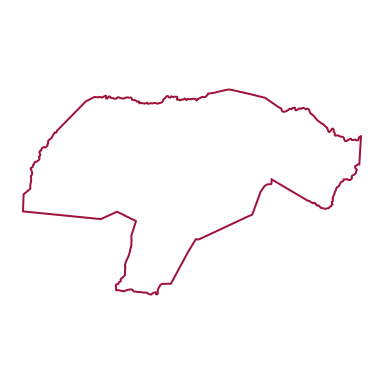 Talanga, Francisco Morazán, Honduras
{"feature_id": "27666195B86037952896272", "entity_name": "Talanga", "entity_type": "district", "adm_level": 2, "iso_a3": "HND", "parent_name": "Honduras", "parent_adm1": "Francisco Morazán", "projection": "natural_earth1", "projection_center": [-87.046, 14.389], "detail": "fine", "context": "isolated", "style": "outline", "palette": "rose", "viewbox_px": 384, "rotation_deg": 0, "n_neighbors": 0, "source": "geoboundaries", "source_scale": "gbopen_adm2", "svg_char_len": 5926}
<svg xmlns="http://www.w3.org/2000/svg" viewBox="0 0 384 384"><path d="M148.8,294.0L149.5,294.1L150.5,294.5L151.4,294.4L153.3,292.9L154.6,292.4L155.4,292.2L155.7,292.3L155.9,292.6L156.1,294.0L156.2,294.3L156.5,294.4L157.1,294.2L157.5,293.9L157.8,293.4L157.8,290.2L157.9,289.4L160.0,285.6L160.4,284.9L160.8,284.6L161.7,284.1L162.4,283.9L170.9,283.7L187.7,252.6L195.8,239.2L198.6,239.5L247.2,216.8L252.3,214.6L260.7,191.5L261.8,190.3L262.2,189.4L264.4,186.3L265.7,185.3L266.4,184.8L267.4,184.4L270.6,184.2L271.2,184.0L271.4,183.5L271.5,183.0L271.6,180.1L271.7,179.4L308.1,200.9L308.7,200.8L309.5,200.9L309.9,201.3L310.3,201.7L311.5,202.4L312.6,203.2L313.1,202.9L313.7,202.8L315.1,203.2L315.6,203.8L315.7,204.5L316.2,204.8L316.7,204.9L317.2,205.7L317.8,205.7L318.5,205.5L319.1,205.7L320.0,206.7L320.3,207.4L320.7,207.8L321.8,207.9L322.7,208.3L325.9,208.8L326.4,208.7L326.9,208.4L328.4,208.2L328.8,208.1L329.6,206.9L331.2,206.2L331.4,205.9L331.4,205.1L331.7,204.5L332.0,204.3L332.4,204.3L331.8,201.9L332.4,201.6L332.8,200.9L332.9,199.9L332.6,198.6L332.9,198.1L333.0,196.7L333.3,196.2L333.6,195.4L334.1,194.8L334.4,194.2L334.6,192.6L335.2,191.4L335.8,190.4L336.1,189.1L336.5,188.1L337.2,187.1L337.5,187.0L338.1,186.8L338.6,186.4L339.3,185.1L339.5,184.9L340.8,182.3L341.2,182.0L343.2,181.0L343.4,180.6L343.6,179.7L343.9,179.3L345.5,179.5L347.3,179.2L348.4,179.9L349.1,180.1L349.9,180.0L350.7,179.6L351.4,178.9L351.8,178.3L351.9,177.8L351.7,176.3L351.9,176.0L352.4,175.5L353.5,175.0L354.2,174.5L355.3,173.6L355.8,173.0L356.1,171.5L356.7,170.2L356.8,169.8L356.6,169.4L355.4,168.2L355.2,167.9L355.1,167.2L355.2,166.2L355.6,165.8L356.7,165.4L357.6,164.5L359.3,164.4L361.0,136.3L360.4,136.4L359.3,137.2L358.8,138.1L358.3,139.8L358.0,140.3L356.5,140.3L355.9,139.9L355.4,139.7L352.1,140.1L351.6,139.8L351.1,138.9L350.6,138.8L350.1,138.9L348.4,139.8L347.9,140.3L346.8,140.9L345.9,141.1L345.3,141.1L344.9,140.8L344.6,140.3L343.7,137.7L342.7,136.8L341.0,136.7L338.9,135.9L337.7,135.3L335.7,135.6L335.3,135.6L335.0,135.4L334.7,134.8L334.8,134.0L334.8,133.3L333.9,131.8L333.6,129.6L333.3,129.0L333.0,128.8L332.5,128.6L332.1,128.8L331.8,129.1L330.4,131.2L329.3,132.0L329.1,132.0L328.8,131.9L328.3,131.0L327.1,127.8L324.5,125.6L323.5,124.5L322.6,123.9L321.4,123.4L320.4,122.5L319.1,121.6L317.1,120.0L314.9,117.2L312.9,115.1L311.1,113.9L310.4,113.2L309.9,112.4L309.2,110.1L308.5,109.3L307.7,108.8L306.9,108.7L306.2,109.1L305.7,109.2L303.8,108.0L303.0,107.8L301.0,108.8L299.7,108.5L299.2,108.5L298.7,108.8L298.1,109.3L296.6,110.1L295.8,110.2L295.6,110.1L295.4,109.9L295.0,107.9L294.7,107.7L294.2,107.8L292.5,108.0L292.1,108.4L291.8,108.9L291.4,109.2L289.9,108.9L289.4,108.9L288.7,109.4L288.1,110.1L286.1,111.3L284.3,111.8L283.4,111.7L282.6,111.4L282.0,110.8L281.7,110.3L281.2,108.6L280.9,108.3L278.6,107.2L265.1,97.8L247.2,93.4L229.7,89.5L226.2,89.9L212.4,93.1L208.2,93.6L207.6,94.9L206.5,96.0L205.3,97.0L204.3,97.3L202.9,96.9L202.0,97.0L199.1,98.5L197.5,99.1L197.5,99.5L197.3,99.9L197.1,100.2L196.8,100.3L196.3,100.2L195.8,99.5L194.3,98.7L192.1,98.9L189.9,99.3L187.8,98.9L187.4,99.2L187.0,99.8L186.7,100.0L186.0,99.6L185.3,98.7L184.8,98.5L184.4,98.7L183.6,99.5L181.8,99.5L181.2,99.8L180.7,100.2L180.1,100.3L179.8,100.2L179.4,99.8L178.9,99.5L177.6,99.9L177.3,99.8L177.0,99.4L177.0,98.8L177.2,97.2L176.8,96.9L176.0,96.7L175.0,96.7L173.1,97.0L171.1,96.4L170.2,97.6L169.8,97.6L168.8,97.3L167.9,96.1L167.4,96.0L166.8,96.3L166.0,96.8L164.9,98.4L164.1,98.8L163.4,99.5L162.9,100.2L162.7,101.5L162.1,102.1L160.8,102.8L158.6,103.3L157.4,103.7L156.7,103.5L155.5,102.9L155.0,102.8L152.6,103.4L150.4,103.2L148.4,103.8L147.8,103.7L147.3,102.9L146.9,103.1L145.4,103.1L145.0,103.3L144.8,103.6L144.6,103.6L143.1,103.3L141.8,103.2L140.6,102.8L139.4,103.3L139.2,102.9L139.0,101.7L138.7,101.4L137.5,101.7L137.1,101.7L136.8,101.5L136.0,100.7L135.2,100.2L132.0,99.7L131.9,99.5L131.7,98.3L131.0,97.7L130.6,97.5L129.3,97.7L127.6,97.4L126.2,97.5L125.6,97.7L125.1,98.1L124.6,98.3L123.2,98.5L122.1,98.4L120.7,98.1L118.8,97.4L117.9,97.3L117.4,97.5L116.1,98.7L115.4,98.8L113.9,98.6L113.1,98.1L111.0,97.9L110.5,97.6L110.0,96.7L109.5,96.4L109.1,96.5L108.6,96.8L108.2,97.2L107.3,98.3L106.9,98.6L106.5,98.6L106.3,98.5L106.1,98.2L106.1,97.8L106.2,97.1L106.1,96.5L106.0,95.9L105.7,95.8L104.9,96.0L102.0,97.6L100.2,96.9L98.4,97.3L94.7,97.0L92.7,97.8L87.9,100.4L86.8,100.7L86.1,101.1L57.0,130.7L56.8,131.7L56.3,132.4L55.8,132.7L54.7,132.5L53.9,133.9L52.9,135.4L51.6,137.9L50.0,139.1L49.4,139.8L48.8,140.0L48.6,140.2L48.0,141.9L48.0,142.5L48.2,143.0L48.2,143.4L47.3,144.3L47.5,145.5L47.4,145.9L46.3,146.8L45.9,147.2L45.7,147.4L45.3,147.4L44.6,147.2L43.9,147.2L43.0,147.5L42.2,147.9L41.8,148.3L41.4,149.8L41.3,150.2L40.9,150.5L40.6,150.4L40.4,150.4L40.2,151.1L39.5,151.8L39.4,152.3L40.2,154.3L40.3,155.0L40.0,155.7L38.9,156.9L39.4,157.7L39.5,158.1L39.5,158.7L39.3,159.2L38.6,160.2L37.4,161.0L36.8,161.6L36.3,161.8L35.3,161.9L34.8,162.3L34.4,162.8L33.8,164.5L33.0,165.1L32.9,166.1L32.6,167.0L32.1,167.4L31.0,167.9L30.7,168.6L30.7,169.1L31.5,170.4L32.2,173.1L31.9,174.7L31.0,175.8L30.8,176.2L31.2,178.4L31.0,180.5L31.1,181.3L30.6,183.2L30.2,186.1L30.2,186.6L30.4,187.9L30.4,188.5L30.2,188.9L23.6,194.3L23.0,211.4L100.8,219.1L117.1,211.7L136.0,221.1L131.4,235.6L131.4,237.1L131.5,241.1L131.2,246.6L130.6,248.1L129.6,252.8L128.4,256.5L126.4,260.7L125.6,262.7L125.2,264.0L125.0,265.5L125.4,266.4L125.3,266.7L125.0,267.1L125.3,268.7L125.0,270.5L125.0,274.7L123.9,276.5L120.8,278.9L120.6,279.6L120.8,280.3L120.8,280.7L120.6,281.1L120.4,281.5L118.8,282.4L118.6,282.9L118.5,283.5L118.2,283.9L117.8,284.1L116.5,284.4L116.1,284.6L115.9,285.0L115.7,285.9L116.1,287.9L116.1,289.9L116.3,290.2L116.4,290.3L117.8,290.2L118.8,290.3L122.1,291.0L123.6,291.2L124.3,291.1L127.5,289.9L130.5,289.4L131.4,289.4L132.4,289.8L133.1,290.6L133.6,291.2L134.0,291.5L135.6,291.5L136.9,291.8L138.5,292.1L140.4,292.0L143.0,292.5L145.8,292.5L147.4,293.1L148.8,294.0Z" fill="none" stroke="#9f1239" stroke-width="2"/></svg>